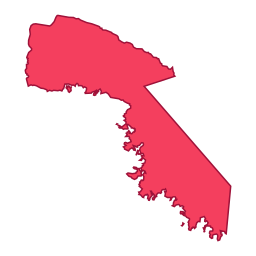 West Makira, Makira, Solomon Islands (orthographic projection)
{"feature_id": "97153195B7459502303210", "entity_name": "West Makira", "entity_type": "district", "adm_level": 2, "iso_a3": "SLB", "parent_name": "Solomon Islands", "parent_adm1": "Makira", "projection": "orthographic", "projection_center": [161.497, -10.428], "detail": "fine", "context": "isolated", "style": "filled", "palette": "rose", "viewbox_px": 256, "rotation_deg": 0, "n_neighbors": 0, "source": "geoboundaries", "source_scale": "gbopen_adm2", "svg_char_len": 5870}
<svg xmlns="http://www.w3.org/2000/svg" viewBox="0 0 256 256"><path d="M230.7,186.2L144.1,86.3L174.9,76.2L173.8,75.0L174.0,73.1L173.1,71.4L172.5,67.3L170.4,69.3L168.5,68.9L166.9,66.5L162.6,65.8L161.8,64.9L161.6,63.6L160.5,63.3L158.6,58.7L157.5,58.8L156.6,57.6L153.4,57.3L150.6,53.9L149.2,53.6L148.3,52.4L146.8,52.6L144.3,51.6L142.0,48.9L136.3,48.7L133.5,47.1L132.3,44.5L130.1,43.1L126.6,42.2L124.3,43.1L121.6,41.8L118.8,39.9L117.9,36.5L116.7,35.4L112.1,33.3L111.7,32.5L105.9,30.2L102.9,30.0L102.1,29.4L101.8,28.2L100.3,28.3L99.6,26.8L98.4,26.2L91.8,23.8L86.7,22.6L80.6,20.1L78.5,18.6L76.1,18.8L73.5,17.5L68.8,17.3L57.9,15.4L57.1,15.6L56.0,17.2L54.2,21.6L51.4,24.9L49.7,26.0L35.8,23.8L33.2,24.1L31.1,25.6L29.7,29.4L30.3,34.3L28.6,40.3L28.5,44.1L29.2,46.0L31.6,48.6L31.5,50.1L28.7,52.5L26.8,57.3L26.8,57.9L28.1,58.4L27.5,59.8L28.1,60.8L27.4,62.1L28.3,63.1L27.8,64.1L26.5,64.4L26.6,68.6L25.6,69.5L25.3,70.6L25.8,73.1L27.0,73.8L26.8,74.8L28.2,75.4L28.7,76.2L28.2,77.4L27.1,77.7L26.4,78.8L28.3,86.1L31.0,84.8L32.8,85.5L33.8,85.1L36.3,85.7L41.0,88.2L43.5,88.5L46.8,89.8L47.3,91.4L49.5,90.3L51.9,91.0L53.7,90.3L57.9,90.7L60.0,90.2L61.6,90.9L62.1,90.8L62.5,89.4L63.6,88.7L64.9,84.1L68.6,83.9L71.6,85.2L73.7,85.1L75.2,86.2L75.6,84.7L77.0,83.4L78.1,84.2L78.5,85.7L81.2,85.6L82.3,86.1L83.3,87.7L84.5,86.8L86.4,87.8L86.6,89.0L85.8,92.0L85.0,92.5L85.3,93.4L91.3,93.1L92.0,92.2L94.0,91.5L94.8,92.6L93.7,93.8L93.6,95.1L94.8,95.4L95.9,94.7L95.8,93.4L96.6,93.2L95.0,91.2L96.6,90.2L97.5,93.0L97.8,91.3L98.5,91.3L98.3,90.4L100.1,89.0L101.3,91.1L100.9,93.6L106.0,92.3L108.3,93.9L110.7,97.4L119.0,98.8L121.3,100.2L123.1,100.0L124.1,101.4L127.5,103.2L129.6,103.7L129.4,104.8L130.7,105.7L130.6,108.2L127.6,109.7L126.2,111.8L126.3,113.1L124.5,113.9L124.4,115.7L123.4,115.8L123.5,116.5L125.5,117.7L125.7,119.6L124.1,120.3L126.0,121.8L126.0,123.8L122.1,126.8L119.9,126.8L119.0,127.5L119.4,128.0L121.9,128.1L123.5,129.3L124.7,128.8L127.3,129.0L128.0,128.4L126.9,124.7L127.9,124.3L130.9,126.7L131.4,128.0L132.4,127.8L133.4,128.6L134.4,128.3L135.2,129.2L134.6,130.1L135.1,130.5L135.0,131.2L134.2,132.1L133.4,131.9L131.8,133.7L129.4,133.2L130.1,132.3L128.8,130.6L127.9,132.2L127.2,132.2L127.0,133.1L126.3,133.3L127.2,134.8L125.7,136.5L129.0,136.4L129.5,137.6L129.2,138.7L130.5,139.6L131.1,141.7L127.4,143.2L125.7,142.4L124.6,142.7L124.2,144.0L126.1,145.4L123.4,146.9L124.4,147.7L124.6,149.1L128.5,150.9L130.1,148.9L132.0,147.9L133.4,149.2L133.6,150.0L135.2,150.4L135.2,149.0L134.5,148.5L133.2,145.5L135.4,146.2L135.5,146.8L137.5,147.1L137.4,145.9L139.6,145.2L141.5,142.7L142.9,142.8L143.5,144.1L143.2,145.4L140.4,147.4L139.7,149.8L140.8,153.2L143.1,153.5L143.9,155.8L140.8,155.5L141.7,156.0L142.2,157.3L141.6,158.7L139.7,160.2L141.4,160.4L142.8,157.8L145.5,160.0L144.9,162.9L142.9,163.6L143.6,163.9L143.4,165.5L142.4,165.5L142.1,167.1L140.6,168.2L141.3,168.7L141.9,171.5L142.6,170.4L143.4,170.4L145.0,171.2L145.5,172.5L144.8,172.3L145.2,173.0L144.4,172.7L142.7,174.8L143.9,176.7L143.6,179.9L142.8,180.6L142.0,180.0L141.2,180.2L140.2,182.3L139.7,182.2L139.9,183.5L139.0,184.3L139.8,185.6L139.2,186.2L142.3,188.9L140.3,191.8L138.7,192.1L139.4,193.7L138.9,194.5L140.5,194.8L142.6,197.2L143.6,197.5L143.5,196.7L144.5,195.5L145.9,194.6L146.7,195.0L147.2,194.3L148.2,195.3L147.6,198.7L149.2,199.2L152.6,194.7L151.3,193.9L151.4,192.8L150.6,191.2L151.4,191.2L152.4,193.4L153.1,193.5L154.1,194.7L154.1,195.6L154.7,195.7L154.6,196.8L153.2,197.4L152.4,198.8L152.8,199.7L153.9,199.9L155.4,196.9L156.7,196.5L156.4,194.8L157.8,193.2L159.0,192.8L160.7,193.3L161.5,192.4L161.2,191.5L162.0,190.0L163.1,189.4L164.4,189.8L165.5,188.9L166.3,191.1L166.1,191.8L164.7,191.6L165.4,193.6L164.9,196.1L167.5,197.5L171.1,197.5L170.2,200.2L170.9,200.0L172.0,197.7L173.1,196.8L175.1,196.8L175.8,197.9L175.6,199.1L176.8,199.3L176.4,200.1L174.5,200.4L173.4,203.0L173.5,204.8L172.3,205.7L174.3,206.6L176.3,204.9L178.5,204.5L179.5,205.0L180.1,206.4L182.1,205.7L183.6,206.6L183.4,207.7L182.6,208.0L185.4,211.2L184.6,212.4L184.9,214.0L183.6,213.8L183.1,211.7L180.6,211.5L180.3,213.1L180.9,213.9L181.9,213.6L183.7,215.4L185.7,216.1L186.7,217.3L189.4,218.6L189.5,219.7L188.1,222.3L188.8,223.1L188.5,224.9L189.2,227.1L188.6,228.8L189.0,229.9L190.7,230.4L191.7,228.1L192.7,228.1L192.9,227.2L194.4,227.3L194.7,228.3L196.0,227.0L195.8,225.8L196.8,222.7L198.3,221.4L199.9,221.7L200.4,217.7L204.2,216.5L205.5,218.6L204.8,219.8L204.8,221.4L205.5,221.7L206.7,220.7L208.1,222.7L207.3,224.5L204.9,225.7L204.3,227.8L203.3,227.9L204.2,230.1L204.7,229.8L205.1,227.7L206.3,225.9L210.5,226.1L210.6,227.1L212.4,227.9L213.0,229.6L212.6,231.0L210.1,231.1L209.6,232.0L209.5,233.4L210.5,234.7L209.7,235.7L209.8,237.0L211.7,238.4L212.6,238.0L212.6,235.7L213.2,234.7L216.5,234.0L217.4,234.7L217.8,235.9L217.3,239.0L218.0,240.6L219.7,239.9L220.8,236.6L222.0,235.6L222.0,234.2L221.0,234.0L220.7,232.5L221.2,232.1L220.6,231.9L220.3,230.6L224.5,231.5L225.4,233.4L226.2,233.8L230.7,186.2ZM141.5,175.2L140.8,171.5L139.5,170.0L139.1,168.5L137.5,168.7L136.4,167.5L133.8,167.0L133.3,167.7L134.3,168.7L137.4,169.4L137.3,171.5L136.1,172.3L135.9,173.2L132.3,173.7L128.0,173.0L126.7,173.9L128.8,176.2L131.3,177.1L131.9,178.1L134.5,179.4L136.6,178.4L138.1,176.0L141.1,176.0L141.5,175.2ZM71.1,90.7L70.9,88.2L70.2,88.0L68.8,85.9L67.7,87.4L66.9,85.7L66.1,87.8L67.9,89.8L68.4,91.6L69.3,92.3L71.1,90.7ZM138.5,150.6L137.6,150.4L136.0,155.3L137.9,152.4L138.5,150.6ZM183.9,223.7L182.9,223.0L182.7,224.6L183.1,224.8L183.9,223.7ZM139.9,154.2L138.8,153.4L138.3,153.9L138.5,154.2L139.9,154.2ZM149.6,199.7L148.8,199.7L148.7,200.2L149.3,200.3L149.6,199.7ZM204.7,231.3L204.3,230.7L204.0,231.6L204.4,231.7L204.7,231.3ZM119.7,125.8L118.7,125.3L118.3,125.7L119.1,126.1L119.7,125.8ZM71.3,87.7L71.4,86.4L71.1,87.0L71.3,87.7ZM117.5,124.0L116.9,123.7L116.5,124.3L117.1,124.4L117.5,124.0ZM182.1,225.9L182.6,225.3L181.7,225.5L182.1,225.9Z" fill="#f43f5e" stroke="#9f1239" stroke-width="1.5"/></svg>